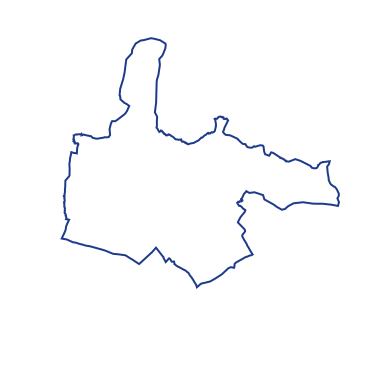 outline of Notodden nor, Telemark, Norway, rotated 123°
{"feature_id": "86288312B98862303596044", "entity_name": "Notodden nor", "entity_type": "district", "adm_level": 2, "iso_a3": "NOR", "parent_name": "Norway", "parent_adm1": "Telemark", "projection": "mercator", "projection_center": [9.072, 59.692], "detail": "fine", "context": "isolated", "style": "outline", "palette": "blue", "viewbox_px": 384, "rotation_deg": 123, "n_neighbors": 0, "source": "geoboundaries", "source_scale": "gbopen_adm2", "svg_char_len": 6057}
<svg xmlns="http://www.w3.org/2000/svg" viewBox="0 0 384 384"><g transform="rotate(123 192 192)"><path d="M269.2,136.0L264.0,134.5L257.1,128.0L251.8,125.3L244.7,122.1L236.2,120.0L234.1,118.7L233.2,117.0L232.8,115.5L232.3,115.4L229.1,117.1L227.2,116.7L216.7,111.2L216.3,110.5L213.9,109.1L212.9,107.9L211.4,107.1L209.9,110.4L207.6,114.7L207.0,116.3L206.1,117.4L204.5,120.5L203.7,122.3L201.8,125.7L200.6,126.4L196.2,126.0L195.6,126.3L194.7,127.5L192.5,137.0L189.6,137.4L186.4,137.6L180.0,136.9L178.2,137.3L178.0,138.8L178.2,139.1L178.2,139.4L177.9,140.9L177.5,142.0L177.3,143.9L178.0,144.9L176.5,148.2L175.1,148.0L174.6,146.9L173.6,146.8L173.4,146.0L173.1,145.5L171.8,145.0L171.4,145.3L171.3,145.9L171.5,146.5L171.5,146.8L171.2,147.0L169.9,146.7L165.1,147.4L163.8,147.0L161.7,146.9L161.6,143.5L158.2,139.4L155.9,130.7L158.8,127.2L158.1,117.5L158.1,115.5L158.3,112.8L157.9,106.9L155.6,104.8L151.5,103.6L146.2,100.7L140.1,93.3L135.8,84.0L130.8,76.2L126.7,68.2L124.2,62.0L120.5,63.2L118.1,66.6L115.3,66.8L113.4,68.0L111.0,71.8L110.6,72.8L109.9,75.1L110.2,76.0L109.9,79.8L109.4,81.0L108.3,82.6L107.9,83.5L105.9,85.0L101.8,88.8L97.1,92.5L94.9,92.3L93.0,92.6L91.2,93.3L95.3,98.0L95.6,98.7L96.3,98.9L97.1,99.8L98.4,100.3L99.6,100.2L100.6,100.9L102.0,100.3L104.0,100.5L104.6,101.2L105.0,101.4L106.0,103.3L106.1,104.0L106.4,104.7L106.3,105.0L105.6,106.9L106.8,118.0L108.2,123.3L113.8,127.3L114.9,129.6L114.6,130.0L115.1,130.3L114.7,131.8L114.5,132.1L114.7,132.4L114.6,132.8L114.7,133.1L114.6,134.1L114.8,134.3L114.9,135.8L114.9,136.1L115.1,136.1L115.1,136.6L115.3,136.8L115.1,137.2L115.0,137.7L115.0,143.4L115.0,144.8L115.4,146.7L115.7,147.2L119.5,147.0L120.5,151.2L119.3,152.9L118.2,154.0L114.9,156.8L114.5,157.9L114.8,158.4L115.1,159.3L115.5,160.0L117.0,161.5L119.6,163.6L119.8,164.9L121.7,165.5L122.8,166.7L124.2,169.9L123.2,172.6L122.8,172.9L123.0,173.8L123.5,174.6L124.0,175.8L124.0,176.3L123.1,181.1L122.6,182.5L122.9,185.4L123.7,190.9L125.5,194.4L125.7,195.3L125.2,197.6L124.7,198.7L122.9,199.1L122.7,199.0L120.7,199.7L112.3,200.7L112.2,201.7L111.7,202.2L111.5,202.9L112.9,204.1L113.4,205.3L113.2,205.8L112.3,206.1L112.3,207.0L112.6,207.6L113.2,208.1L113.1,208.9L113.2,209.2L114.2,210.3L114.9,210.7L116.1,210.7L116.9,210.9L117.4,211.4L117.4,211.9L117.5,212.1L118.1,212.6L118.4,212.8L118.9,211.6L119.2,211.4L120.0,210.8L122.0,208.9L123.9,207.7L126.5,206.8L128.2,206.1L129.9,206.4L131.0,207.2L130.9,207.6L131.0,207.9L132.3,208.6L133.2,208.8L133.4,209.4L133.8,209.7L133.4,210.2L133.4,210.4L133.7,210.8L136.7,211.6L137.8,212.3L138.5,212.5L140.5,212.9L140.9,213.1L141.3,213.8L145.1,214.6L145.8,215.0L146.5,215.3L146.7,215.6L149.8,217.2L150.6,218.0L152.0,219.6L153.7,220.9L154.1,221.3L154.0,221.6L154.3,222.2L154.2,222.6L153.9,223.0L154.0,223.9L154.4,223.9L154.5,224.3L154.5,224.5L154.2,225.0L154.2,225.5L154.3,226.5L154.5,226.6L154.5,226.9L155.1,227.4L155.2,227.9L154.6,229.4L153.9,229.5L153.8,229.8L154.4,230.1L154.9,231.1L155.6,231.7L155.7,232.0L155.9,233.0L156.7,234.2L156.7,235.1L156.5,235.5L156.1,238.1L156.3,240.0L156.2,240.7L156.0,241.2L156.1,241.7L156.4,242.9L157.0,242.9L157.5,243.2L157.6,243.4L157.5,243.5L158.0,243.7L158.5,244.3L158.2,244.9L158.5,245.1L158.5,245.3L158.4,245.7L158.1,246.0L158.5,247.1L158.2,247.8L157.9,247.9L157.9,248.7L157.5,249.0L157.4,249.4L157.4,249.9L157.7,250.6L157.3,250.8L157.5,251.1L157.4,251.5L158.5,251.6L159.4,252.1L159.2,252.5L159.1,253.0L157.8,255.3L157.4,256.8L157.1,257.0L156.7,256.9L154.3,258.3L152.0,259.9L147.9,262.2L145.4,266.5L136.7,270.7L118.6,281.8L116.2,282.8L112.2,283.9L104.5,287.4L102.4,288.5L98.4,291.9L94.0,291.2L92.5,291.3L86.1,292.6L83.3,293.9L82.0,295.0L82.1,301.4L84.3,307.8L85.4,310.2L90.6,314.9L93.0,317.6L98.2,320.1L105.1,319.7L108.4,318.0L116.7,319.3L128.3,313.7L134.8,311.2L144.6,308.4L149.8,305.7L150.1,305.3L150.5,305.2L150.7,304.5L151.5,304.0L151.7,303.6L153.3,302.5L154.1,297.1L153.8,295.0L154.0,291.5L159.8,290.6L163.2,290.8L171.7,293.8L174.4,294.9L176.1,297.6L178.6,297.3L183.9,295.5L187.4,292.9L188.3,292.1L189.0,291.7L191.3,291.8L192.7,293.4L193.8,295.3L194.4,295.6L198.8,300.4L199.5,301.6L200.6,304.6L200.2,307.2L200.9,308.5L200.9,308.9L201.9,311.1L202.1,311.9L202.6,313.2L202.6,313.5L202.8,314.0L203.1,314.5L203.9,314.8L204.7,315.5L203.7,316.1L203.5,316.4L204.1,316.5L205.5,318.8L206.4,319.6L206.7,320.5L207.3,321.0L208.8,321.8L209.0,322.0L210.3,321.0L212.3,320.2L212.0,319.9L212.4,319.5L212.4,319.3L213.1,318.8L213.6,318.8L213.6,318.4L214.0,318.6L214.0,318.2L214.3,318.0L214.3,317.7L215.2,316.8L215.1,316.5L214.6,316.4L214.2,315.7L214.1,315.3L213.5,314.6L213.6,314.4L213.4,314.0L213.5,313.7L213.9,313.6L213.8,313.4L214.2,313.1L215.7,312.9L218.1,312.0L222.4,309.6L222.7,310.7L223.5,312.0L224.3,314.9L228.9,313.0L229.9,312.8L233.1,311.0L234.2,310.7L236.3,309.4L239.1,307.3L244.9,303.7L245.6,303.6L251.4,304.4L256.6,301.2L259.5,299.7L260.1,299.1L261.7,298.4L262.0,298.1L262.5,298.0L263.5,297.6L264.7,296.7L265.3,297.3L265.4,297.2L265.7,296.5L266.1,296.0L266.2,295.7L266.8,295.7L268.2,294.2L269.1,293.8L269.8,293.9L270.0,293.4L271.0,293.3L271.3,292.6L272.0,292.3L272.7,291.7L273.2,291.6L273.6,291.3L273.7,291.1L274.3,290.6L274.4,290.1L274.8,289.7L275.3,289.4L275.8,289.4L276.3,289.0L276.6,288.5L278.1,288.0L278.5,287.7L278.7,287.2L279.1,287.1L279.6,285.6L280.0,285.2L280.8,285.1L281.0,284.3L281.6,283.9L282.0,283.3L283.4,282.9L282.8,281.6L282.2,280.0L287.2,279.3L289.7,278.7L292.5,277.4L294.2,277.0L302.0,275.9L301.6,274.8L300.0,271.2L299.4,267.0L298.9,264.3L297.6,261.4L297.1,259.1L296.1,256.0L295.6,255.0L295.3,253.3L294.5,251.2L293.6,249.2L292.7,246.8L289.4,236.3L288.4,232.9L286.8,224.5L284.3,219.7L281.3,213.3L281.3,207.2L281.1,205.3L281.2,203.5L281.2,197.1L264.1,192.7L258.3,191.9L260.7,184.9L261.5,182.7L262.1,180.6L262.6,180.3L263.9,177.9L265.1,175.9L260.1,175.1L260.1,174.4L260.1,173.9L261.5,171.1L260.1,169.1L262.1,167.4L261.9,166.4L262.2,165.8L262.3,165.2L262.2,163.2L262.3,163.0L262.0,161.6L261.7,156.8L261.4,154.9L261.7,152.8L261.7,151.2L262.2,150.0L263.2,148.1L263.9,145.8L264.4,144.6L267.0,139.3L267.6,137.9L269.2,136.0Z" fill="none" stroke="#1e3a8a" stroke-width="2"/></g></svg>